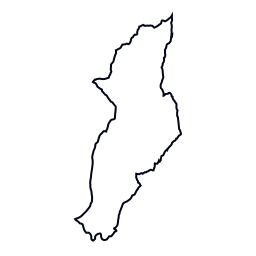 Panqueba, Boyacá, Colombia (Equal Earth projection)
{"feature_id": "7082276B16553832193382", "entity_name": "Panqueba", "entity_type": "district", "adm_level": 2, "iso_a3": "COL", "parent_name": "Colombia", "parent_adm1": "Boyacá", "projection": "equal_earth", "projection_center": [-72.459, 6.443], "detail": "fine", "context": "isolated", "style": "outline", "palette": "ink", "viewbox_px": 256, "rotation_deg": 0, "n_neighbors": 0, "source": "geoboundaries", "source_scale": "gbopen_adm2", "svg_char_len": 5747}
<svg xmlns="http://www.w3.org/2000/svg" viewBox="0 0 256 256"><path d="M180.9,134.2L180.9,133.1L180.2,131.1L180.2,130.6L179.2,129.1L179.1,128.9L178.6,123.5L178.2,120.2L178.0,117.7L177.2,115.9L177.1,112.9L177.2,111.9L177.5,110.7L177.3,110.0L176.7,109.1L176.5,108.2L176.4,107.1L176.5,104.5L176.4,103.8L175.5,102.6L174.7,101.3L173.3,99.5L172.5,97.7L172.6,96.8L172.2,96.5L171.8,96.4L171.7,96.3L171.6,95.5L171.3,94.7L170.8,93.8L170.1,93.1L169.5,92.9L168.8,92.9L168.4,93.2L168.0,93.7L167.7,93.8L166.4,93.9L165.8,94.0L165.2,94.4L164.4,95.3L163.5,95.7L163.5,95.3L163.6,94.6L163.6,94.0L163.6,93.0L162.4,89.9L162.1,89.5L161.0,88.1L160.7,87.2L160.6,86.4L160.7,84.9L160.8,84.2L161.0,83.8L161.5,82.8L161.8,82.0L162.1,80.5L162.8,78.9L163.2,77.6L163.2,76.6L162.8,73.3L162.6,70.3L162.5,69.7L162.4,69.2L161.7,67.8L161.6,67.2L161.8,66.9L162.4,66.0L162.5,65.7L162.7,63.8L163.0,63.0L163.6,62.2L163.7,61.7L164.0,60.9L164.1,60.2L164.0,59.0L164.2,58.2L163.9,58.1L163.9,57.8L164.6,57.2L165.0,56.7L165.2,55.8L165.3,54.8L165.0,53.3L165.0,52.4L165.0,50.1L165.4,49.1L166.2,47.4L166.5,45.4L167.1,44.3L167.6,43.8L168.5,43.5L169.1,43.2L169.6,42.6L170.6,41.1L170.8,40.8L170.8,39.7L171.0,38.7L171.2,38.1L171.5,37.6L172.0,36.5L172.1,35.3L171.7,35.8L171.3,36.0L171.5,35.1L171.6,33.3L171.7,32.0L171.6,31.4L171.5,30.1L171.8,26.5L171.6,24.5L171.1,23.1L171.9,21.0L172.1,19.9L171.9,17.9L171.9,15.9L171.9,15.4L171.4,16.3L170.6,17.3L167.7,19.7L166.3,20.7L165.2,21.3L164.9,21.3L164.2,20.9L163.2,20.6L162.1,20.5L161.7,20.9L161.0,23.4L160.8,23.6L156.9,26.4L154.7,27.5L154.4,27.6L154.0,27.5L152.5,25.9L152.2,25.8L151.4,25.7L150.8,25.5L150.4,25.5L149.4,25.7L146.8,25.6L144.9,25.9L143.9,25.5L143.6,24.9L142.2,25.3L140.6,26.1L139.9,26.5L139.3,26.6L139.0,27.9L138.4,29.1L137.7,30.0L137.2,32.2L137.2,33.7L137.1,34.1L137.0,34.3L136.4,34.6L135.8,34.8L135.0,34.6L134.4,35.2L134.0,35.4L133.7,35.7L133.4,36.1L133.3,36.7L132.9,37.2L132.6,37.3L131.8,37.8L131.1,39.0L130.7,41.2L130.0,42.7L129.4,43.6L129.2,43.8L128.3,44.2L128.2,44.2L127.3,43.8L126.9,43.7L126.5,43.7L125.4,44.3L124.4,44.3L123.7,44.5L122.5,44.6L122.2,44.8L121.2,46.8L120.5,47.8L120.0,48.2L118.5,49.0L115.9,50.3L116.0,51.8L116.0,52.7L115.8,53.8L115.5,54.5L115.0,55.5L114.7,56.4L114.2,58.4L113.9,59.3L113.6,61.0L113.3,61.7L111.3,64.1L111.1,64.5L111.0,65.0L111.0,66.6L110.8,68.6L110.8,69.1L110.8,69.7L111.3,71.4L111.3,71.8L111.1,72.3L110.7,72.9L110.2,74.3L109.5,75.5L109.2,76.0L109.0,76.6L109.0,77.0L108.7,77.7L108.3,77.9L107.4,78.0L106.7,78.4L104.6,79.0L102.9,79.1L101.6,79.0L100.0,78.6L97.1,79.0L95.5,79.7L95.3,79.5L94.9,79.6L93.1,81.7L92.9,82.0L93.5,82.5L94.9,82.9L95.6,83.3L96.2,84.0L97.3,86.5L100.7,89.1L101.0,89.1L101.7,89.4L101.9,89.7L102.0,90.2L102.0,90.9L102.1,91.3L103.0,92.1L104.9,94.4L105.1,94.6L106.0,95.0L106.6,95.5L107.1,96.1L107.9,97.7L109.8,100.1L110.7,101.5L111.0,101.7L111.7,101.9L112.6,102.6L113.9,104.3L115.7,106.5L115.8,106.9L115.7,107.7L115.7,108.9L115.6,110.3L115.3,112.5L115.0,115.9L114.9,118.1L114.7,118.7L114.2,119.1L113.2,119.4L111.6,119.7L110.8,120.3L110.4,120.7L109.9,121.6L109.0,122.9L108.3,124.4L108.0,125.8L107.6,127.6L107.1,129.1L106.3,130.5L106.2,130.9L106.2,131.5L104.4,131.2L103.7,131.2L103.0,131.8L102.3,132.8L100.5,134.5L99.6,135.6L99.2,137.0L98.6,138.6L98.1,141.0L97.8,141.8L97.6,142.1L96.8,142.8L96.2,143.2L95.4,144.3L95.3,144.8L95.3,146.2L95.0,147.0L94.8,148.0L94.6,148.6L93.9,150.1L93.3,151.9L93.2,152.4L92.5,155.2L92.2,157.2L92.3,158.4L92.6,159.9L92.7,161.3L92.6,164.1L92.2,167.7L91.7,170.8L91.2,174.1L91.0,176.8L90.4,180.4L90.2,182.1L90.2,183.2L90.4,184.5L90.3,186.4L90.5,188.1L91.3,190.9L91.6,192.6L91.6,193.6L92.1,196.9L92.0,200.5L91.9,201.4L91.7,202.1L90.7,203.7L90.4,205.2L90.2,205.8L89.4,207.3L88.2,208.8L87.2,210.0L86.2,211.3L82.9,214.5L82.7,214.7L82.6,215.0L80.6,216.6L79.1,217.5L77.6,218.2L76.2,218.6L75.1,219.1L75.7,219.9L78.3,221.7L79.9,223.4L81.3,223.6L81.9,223.9L82.5,224.3L82.7,224.6L83.9,228.9L84.3,230.0L85.1,231.3L85.9,232.5L86.1,232.7L86.8,232.9L87.8,232.6L88.6,232.7L89.5,233.2L90.0,233.7L90.8,234.9L91.1,235.6L91.2,236.2L91.3,238.4L91.5,239.3L91.9,239.8L92.6,240.5L93.2,240.6L94.9,239.1L95.1,238.1L95.2,236.5L95.6,235.7L95.9,235.3L97.4,234.2L99.4,233.5L100.1,233.5L100.4,233.7L100.8,234.2L101.0,234.6L101.1,235.3L101.1,235.9L101.2,237.0L101.6,238.2L101.9,238.8L102.8,239.6L103.9,240.0L105.0,240.0L106.8,239.4L107.3,238.9L109.1,236.4L109.3,236.3L110.7,236.3L111.2,236.2L111.4,236.1L111.6,235.9L113.6,233.4L114.2,232.4L114.6,231.9L115.9,231.2L116.4,230.8L116.3,230.4L116.0,230.0L114.1,228.7L114.1,228.4L114.2,228.2L115.3,227.7L116.1,227.0L117.3,225.4L117.5,224.8L118.0,222.1L118.2,219.5L118.6,218.0L118.8,215.1L119.6,213.5L119.6,212.4L119.8,211.9L120.6,210.0L122.8,204.2L123.0,203.8L123.5,203.1L124.1,202.7L127.2,201.3L128.2,200.6L129.9,199.3L130.5,198.7L131.0,198.0L131.5,197.2L132.1,195.8L132.5,195.3L134.0,194.9L134.5,194.6L134.8,194.2L136.8,190.2L137.8,189.2L137.8,188.6L138.7,187.4L139.6,186.6L140.6,185.6L139.4,183.3L139.0,182.9L138.5,182.9L138.2,182.7L137.8,180.9L137.0,179.7L136.7,178.6L136.3,177.9L136.2,177.2L136.3,175.3L136.2,173.7L136.3,173.7L136.8,173.9L139.1,174.2L141.3,173.2L142.3,173.3L142.7,173.7L144.6,172.3L145.1,172.2L145.9,172.4L146.7,171.7L148.5,171.1L148.8,170.7L150.4,169.8L151.1,169.8L152.6,170.3L153.5,170.3L153.6,169.7L154.7,166.8L154.8,164.2L154.7,163.6L154.8,163.4L155.8,163.7L157.4,163.7L158.4,161.8L158.9,160.8L159.0,160.4L159.8,161.5L160.8,160.0L160.8,159.3L161.0,157.8L161.5,156.1L162.5,155.6L163.4,155.0L164.7,152.0L165.1,151.5L165.4,151.1L166.8,149.6L167.2,150.1L167.9,148.6L169.1,147.2L169.6,146.5L170.0,146.3L171.5,144.5L171.8,143.9L171.9,143.4L172.0,142.9L173.8,141.1L174.4,140.9L175.1,140.5L175.9,139.6L176.2,138.6L177.1,138.5L177.8,137.2L178.4,136.3L178.8,135.8L180.2,134.9L180.9,134.2Z" fill="none" stroke="#020617" stroke-width="2"/></svg>